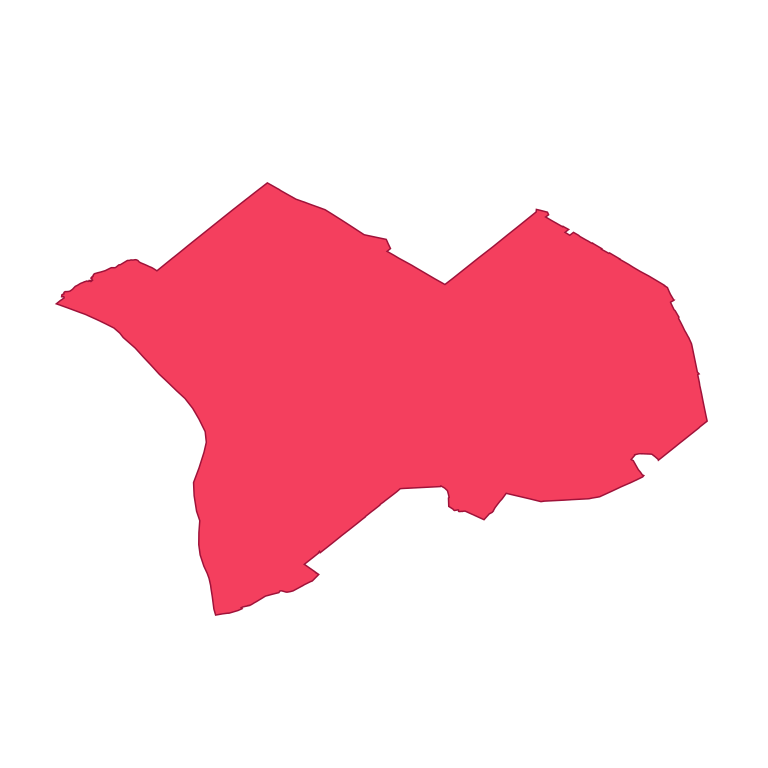 the district of Nīcgales pag., Daugavpils, Latvia, rotated 354°
{"feature_id": "27541924B22704913663351", "entity_name": "Nīcgales pag.", "entity_type": "district", "adm_level": 2, "iso_a3": "LVA", "parent_name": "Latvia", "parent_adm1": "Daugavpils", "projection": "equal_earth", "projection_center": [26.391, 56.15], "detail": "fine", "context": "isolated", "style": "filled", "palette": "rose", "viewbox_px": 768, "rotation_deg": 354, "n_neighbors": 0, "source": "geoboundaries", "source_scale": "gbopen_adm2", "svg_char_len": 5860}
<svg xmlns="http://www.w3.org/2000/svg" viewBox="0 0 768 768"><g transform="rotate(354 384 384)"><path d="M701.5,454.7L701.0,450.2L700.4,444.2L699.4,433.9L698.8,426.9L698.3,422.4L698.1,420.2L697.9,419.0L697.8,415.7L697.0,407.8L697.0,407.5L697.2,407.3L698.4,406.9L696.9,404.9L694.2,377.4L694.1,377.1L694.1,376.7L694.0,376.0L693.6,374.8L692.6,371.9L692.2,370.8L692.2,370.4L691.2,368.3L689.7,364.6L688.8,362.7L688.3,361.4L687.0,357.7L685.6,354.0L683.8,349.5L683.8,349.4L684.3,348.3L684.2,348.2L681.3,341.7L680.9,341.2L680.1,340.3L679.8,339.2L679.1,337.4L677.5,332.8L677.5,332.6L681.2,331.0L681.3,330.9L681.0,330.8L678.2,324.7L677.1,321.5L676.8,320.4L676.2,318.6L676.0,317.8L675.7,317.5L674.4,316.5L673.3,315.7L673.5,315.5L673.1,315.1L669.4,312.3L658.7,304.3L650.7,298.9L644.2,294.1L640.9,291.5L639.8,290.6L631.3,284.5L631.6,284.3L622.0,277.2L621.3,277.6L614.3,272.7L614.8,272.2L606.7,266.2L606.2,265.6L605.7,265.9L603.9,264.7L602.1,263.3L600.0,261.9L594.3,257.8L593.0,256.4L588.3,253.0L584.3,255.5L579.9,252.1L583.8,249.6L583.2,249.2L578.7,246.1L578.5,245.9L578.1,246.3L568.0,239.1L562.2,234.8L562.6,234.6L565.4,232.9L564.5,230.2L557.3,227.5L553.8,226.3L553.4,228.3L553.3,228.8L536.9,239.4L533.2,241.8L522.2,248.8L506.5,259.0L491.0,268.6L479.1,276.2L473.6,279.7L468.9,282.7L463.9,285.9L455.0,291.4L445.8,284.9L436.7,278.2L426.8,270.9L424.3,269.0L420.1,266.1L411.7,260.3L407.6,257.2L400.9,252.4L404.6,250.0L402.6,244.3L402.1,242.6L401.3,240.4L391.0,237.1L379.9,233.5L374.2,228.9L369.8,225.3L359.4,216.9L355.2,213.6L350.8,210.1L343.6,204.5L328.8,197.3L325.4,195.6L316.0,191.1L315.9,191.1L306.6,184.5L301.0,180.5L300.7,180.1L289.0,171.8L275.9,179.9L258.3,190.9L253.5,193.9L240.2,202.4L238.5,203.5L225.1,212.1L209.0,222.4L202.8,226.4L197.8,229.7L192.1,233.4L188.2,235.9L187.2,236.5L170.0,247.7L167.3,245.5L165.7,244.3L164.6,243.6L162.7,242.6L160.9,241.5L158.3,240.0L156.8,239.2L154.8,238.1L153.6,237.3L153.2,236.9L152.8,236.4L152.3,235.6L152.2,235.5L151.8,235.3L151.3,234.9L150.6,234.6L150.0,234.4L149.4,234.4L148.7,234.4L147.8,234.5L146.7,234.4L145.6,234.2L144.9,234.2L144.1,234.4L143.4,234.5L142.3,234.3L142.0,234.3L141.3,234.5L134.5,237.7L134.3,237.8L134.1,237.8L133.2,237.8L132.9,237.8L132.6,237.9L129.9,239.7L129.0,240.1L128.8,240.2L128.4,240.2L125.8,239.9L125.0,239.8L123.0,240.5L118.7,242.1L118.3,242.2L113.5,243.1L111.2,243.4L110.0,243.6L108.5,243.9L107.7,244.0L107.4,244.1L107.0,244.6L106.8,244.7L106.6,244.8L106.5,245.0L106.2,245.6L106.2,245.8L105.9,245.9L105.8,246.0L105.8,246.5L105.7,246.7L105.1,246.8L105.0,247.0L104.8,247.2L104.4,247.2L104.2,247.4L104.4,247.7L104.2,247.7L104.0,247.8L104.1,248.0L103.7,248.3L103.8,248.5L104.1,248.7L104.5,249.2L104.5,249.3L104.5,249.5L104.9,250.2L105.0,250.3L104.8,250.5L104.7,250.5L104.1,250.5L103.9,250.6L103.9,251.1L103.7,251.3L103.4,251.4L103.2,251.3L102.9,251.4L102.5,251.1L102.7,250.9L102.8,250.7L103.0,250.5L103.0,250.4L102.7,250.3L102.2,250.3L102.3,250.4L102.2,250.6L101.9,250.7L101.4,250.8L101.1,250.9L100.8,251.0L100.4,251.1L100.1,250.9L99.9,250.8L99.3,250.5L99.1,250.5L98.9,250.6L98.4,250.7L97.1,251.0L96.7,251.0L95.4,251.5L92.8,252.2L89.2,253.9L87.2,254.6L85.3,256.2L84.2,257.2L82.5,258.2L81.3,258.8L80.6,258.9L79.8,259.0L77.5,258.9L76.5,258.8L75.3,259.5L75.1,260.9L74.4,261.0L73.0,261.6L72.5,263.5L73.2,263.7L74.1,263.4L74.7,263.7L74.9,264.9L73.7,265.6L72.2,266.5L71.1,267.0L66.5,270.0L76.9,275.0L89.4,281.2L93.8,283.3L105.3,290.0L113.7,295.2L121.3,300.1L126.6,305.8L129.5,310.5L134.4,315.8L140.3,322.2L147.7,332.3L154.7,341.5L161.6,350.9L168.6,359.0L177.4,369.5L184.5,377.5L191.2,388.2L196.3,399.5L201.2,412.7L201.2,423.4L197.9,433.0L191.4,447.9L184.3,462.1L183.5,475.3L184.3,490.9L186.5,500.7L184.4,512.4L183.0,524.4L183.3,534.8L185.8,546.3L188.4,553.8L189.7,559.1L190.5,566.0L190.6,570.0L191.0,577.4L191.3,590.0L192.4,596.2L199.6,595.7L204.7,595.6L205.7,595.7L206.1,595.7L215.2,594.0L219.4,592.6L218.9,592.0L218.6,591.6L220.3,591.0L222.5,590.7L226.4,590.3L226.2,590.1L227.6,590.0L228.6,589.7L230.4,588.9L232.2,588.0L234.6,587.0L243.8,582.6L244.3,582.5L244.8,582.4L245.3,582.3L246.3,582.2L248.1,581.9L250.5,581.5L253.9,581.0L257.6,580.5L259.0,578.9L260.6,579.0L262.1,579.6L264.8,580.7L266.1,580.9L268.8,580.7L269.1,580.7L271.6,580.3L271.8,580.3L282.9,575.7L283.9,575.2L285.6,574.6L290.2,572.9L292.1,572.4L299.2,566.6L298.9,566.3L296.9,564.9L297.1,564.8L285.9,555.0L296.8,548.1L300.9,545.5L300.8,545.4L302.3,543.7L302.9,545.1L304.8,543.9L315.6,537.1L326.1,530.3L336.5,523.8L339.8,521.7L345.0,518.4L348.2,516.3L349.7,515.4L351.6,514.2L351.7,513.8L359.4,508.9L360.0,508.6L367.3,504.0L367.7,503.3L371.7,501.0L372.0,500.8L372.2,500.6L381.7,494.8L385.4,492.5L387.8,490.8L389.2,489.8L392.5,489.9L396.3,490.1L410.8,490.9L429.4,491.9L429.9,491.3L430.2,491.5L431.6,492.5L433.0,493.5L433.7,494.1L434.5,495.1L435.5,496.2L436.0,497.1L436.6,500.9L436.9,503.6L436.2,504.1L435.6,512.5L439.6,515.7L439.7,516.0L440.4,516.9L440.7,517.1L441.2,517.2L441.6,517.1L442.4,517.1L443.3,517.0L444.0,516.9L444.5,516.9L444.9,517.1L444.9,517.4L444.8,518.3L444.9,518.5L445.4,518.7L446.1,518.8L446.7,518.8L447.6,518.7L448.3,519.0L449.2,518.8L451.4,518.9L469.3,529.4L475.3,524.0L476.1,523.8L478.2,522.9L479.6,521.6L479.6,521.3L481.5,518.6L484.4,515.5L487.0,512.8L489.4,510.7L494.1,505.5L504.7,509.2L517.1,513.5L527.8,517.4L530.4,517.3L530.4,517.2L539.4,517.7L550.7,518.3L557.4,518.6L557.9,518.6L571.4,519.3L575.1,519.5L576.3,519.5L578.7,519.2L585.4,518.8L585.5,518.7L586.8,518.7L587.2,518.5L599.4,514.4L607.7,511.5L608.5,511.2L620.2,507.5L628.9,504.4L631.6,503.4L632.8,502.2L631.4,501.4L629.9,498.6L628.0,495.8L626.0,491.2L623.9,486.3L622.2,485.2L621.9,484.9L626.5,480.6L626.4,480.5L630.4,480.0L634.5,480.5L642.6,481.7L643.4,482.1L644.6,483.4L644.8,483.4L648.1,486.9L648.5,487.3L648.7,487.6L648.8,488.0L648.9,488.5L660.3,481.2L671.0,474.3L692.7,460.5L693.6,459.7L701.5,454.7Z" fill="#f43f5e" stroke="#9f1239" stroke-width="1.5"/></g></svg>